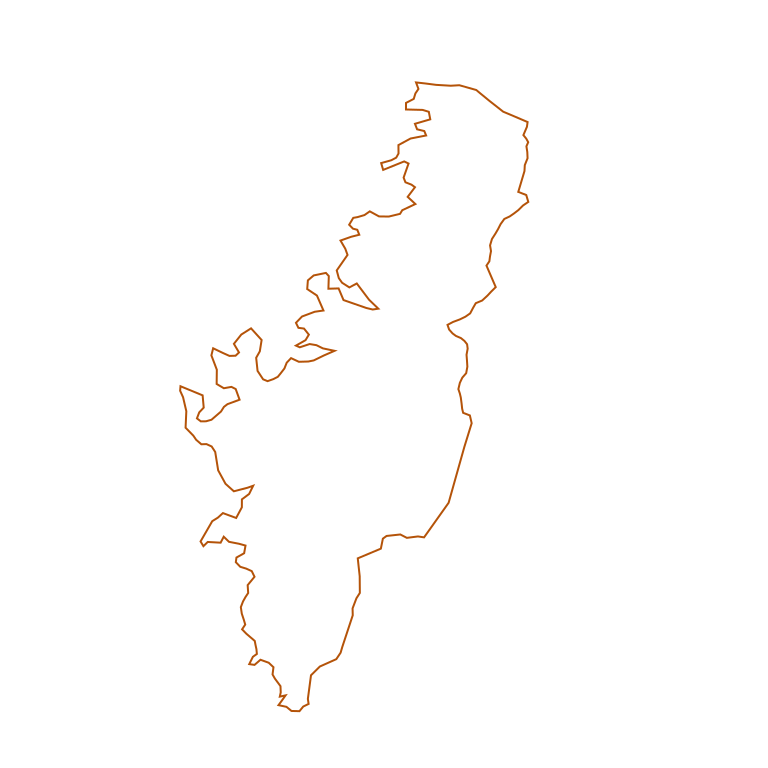 the district of São Nicolau, Rio Grande do Sul, Brazil, rotated 64°
{"feature_id": "56859067B99796327021212", "entity_name": "São Nicolau", "entity_type": "district", "adm_level": 2, "iso_a3": "BRA", "parent_name": "Brazil", "parent_adm1": "Rio Grande do Sul", "projection": "robinson", "projection_center": [-55.266, -28.189], "detail": "fine", "context": "isolated", "style": "outline", "palette": "amber", "viewbox_px": 768, "rotation_deg": 64, "n_neighbors": 0, "source": "geoboundaries", "source_scale": "gbopen_adm2", "svg_char_len": 3513}
<svg xmlns="http://www.w3.org/2000/svg" viewBox="0 0 768 768"><g transform="rotate(64 384 384)"><path d="M519.1,378.0L475.7,339.3L457.7,322.4L449.9,320.6L444.6,325.5L440.5,324.6L435.5,322.8L429.8,320.9L425.8,320.0L421.2,319.4L416.2,315.3L412.6,310.8L410.3,305.4L405.0,301.5L399.2,299.1L393.9,297.0L388.9,293.3L384.7,291.9L380.6,292.8L376.5,294.7L372.3,298.3L368.6,300.2L363.6,301.6L358.7,301.0L358.5,294.7L359.2,287.5L359.2,281.3L358.3,275.6L354.5,270.4L351.6,266.1L352.0,259.2L349.9,252.2L348.0,247.3L345.9,241.1L322.5,240.0L319.9,235.5L315.8,232.8L311.5,229.6L305.9,227.9L301.0,223.4L297.6,217.8L294.8,213.6L291.4,209.1L288.4,203.5L288.5,197.6L287.7,192.4L286.6,187.0L284.5,180.8L283.6,174.5L276.5,173.3L270.2,179.1L254.2,164.4L249.0,161.5L244.0,156.0L238.3,153.5L232.8,151.8L229.9,148.4L225.8,148.6L221.4,149.6L215.5,142.8L211.5,140.1L196.5,153.1L191.5,157.5L175.8,165.1L164.9,170.1L160.2,172.2L148.5,185.3L145.2,193.2L138.0,206.0L132.2,214.8L127.0,223.0L133.9,223.7L136.6,228.4L140.8,232.3L141.0,241.0L146.9,243.9L154.6,229.1L159.0,224.4L166.4,226.4L163.7,242.1L169.6,242.6L174.3,236.9L179.1,237.2L175.0,252.5L175.6,266.3L183.2,269.9L185.9,273.8L186.1,279.3L184.2,289.7L191.2,290.9L192.8,268.3L196.6,265.3L207.1,275.9L212.1,276.3L216.9,271.9L220.7,269.9L226.2,280.7L236.0,276.9L235.8,291.4L238.1,295.0L235.6,306.3L231.2,315.0L222.6,321.1L223.6,327.5L222.4,334.6L221.2,338.8L225.6,345.5L230.8,343.8L233.7,340.4L239.0,340.8L237.3,348.9L236.0,360.2L245.5,359.5L252.0,360.2L261.2,376.7L269.0,378.2L274.6,377.3L282.0,372.8L281.7,364.4L301.7,360.5L313.8,356.1L312.1,361.5L307.9,366.6L290.8,383.6L278.2,382.9L274.0,392.2L262.8,386.3L258.7,387.5L255.6,399.6L257.5,407.0L265.0,411.4L275.1,405.5L291.4,406.2L288.7,414.6L287.4,428.1L290.4,436.3L296.0,436.3L299.1,431.6L306.7,429.9L310.2,435.3L310.9,446.3L314.1,443.6L315.5,433.3L319.5,427.7L325.2,423.3L332.5,413.9L332.0,425.5L332.0,436.8L330.6,442.2L326.7,450.8L320.0,456.2L322.2,462.1L326.4,466.7L329.1,472.2L331.0,476.3L331.1,481.3L330.4,487.4L326.8,490.6L316.8,491.9L304.4,487.4L300.2,481.3L290.8,474.7L275.7,479.1L277.0,490.6L282.1,501.3L292.1,500.5L293.5,505.0L291.0,510.6L285.6,515.1L277.0,521.9L282.6,526.6L297.9,528.0L310.6,534.4L317.6,529.8L319.7,522.4L323.5,519.5L334.8,520.7L333.5,533.5L334.4,537.9L337.3,542.6L340.5,554.7L339.5,560.3L337.3,565.0L332.9,567.2L328.5,562.5L326.2,556.4L314.7,552.0L296.8,567.9L300.7,570.2L307.8,570.4L321.8,573.6L336.3,581.5L346.9,578.0L351.8,577.3L358.1,574.6L360.2,569.9L364.6,566.3L371.1,565.5L388.9,570.9L404.2,570.2L414.6,566.0L417.4,552.2L418.1,546.2L423.7,553.4L425.4,562.3L432.5,565.8L439.6,575.6L429.4,585.4L431.3,591.9L432.0,598.5L445.1,617.9L450.6,617.4L448.7,611.7L455.0,600.4L451.0,595.0L457.9,592.5L464.0,584.4L468.5,579.3L474.8,583.9L475.3,592.7L479.2,595.3L485.3,593.3L489.5,588.8L494.2,584.9L500.5,584.9L505.0,594.7L512.3,597.7L514.7,601.8L517.6,606.0L521.8,610.5L528.1,612.5L534.8,613.4L539.4,614.2L542.3,619.1L548.1,617.2L558.3,612.8L562.3,613.9L566.4,614.9L570.9,616.6L571.7,621.4L576.7,627.9L579.7,623.5L577.7,615.9L584.0,609.8L590.1,607.5L596.2,611.5L601.0,611.2L610.2,609.5L615.9,612.0L619.3,614.7L620.7,609.0L624.0,615.0L626.4,619.6L631.4,613.2L637.3,610.5L641.0,603.4L638.5,598.0L638.5,592.0L633.7,590.5L613.8,577.3L609.8,565.5L610.4,547.5L606.5,540.8L602.2,536.9L578.2,513.5L571.9,510.6L564.5,502.7L561.2,497.3L546.1,490.1L536.9,486.8L529.2,484.0L530.6,459.0L522.5,452.8L521.7,448.3L526.4,435.3L532.3,430.9L535.9,420.3L539.4,415.2L519.1,378.0Z" fill="none" stroke="#b45309" stroke-width="2"/></g></svg>